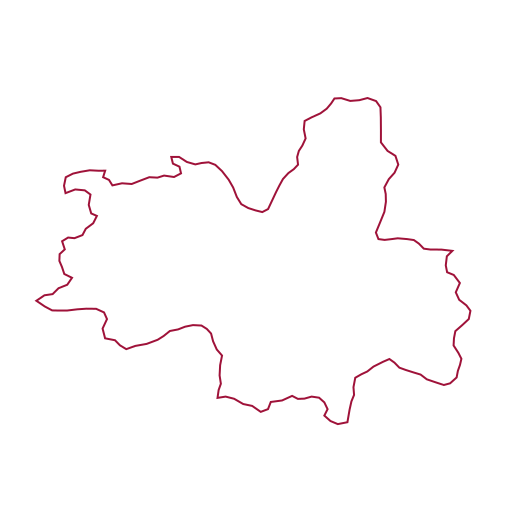 the district of Ubaporanga, Minas Gerais, Brazil, rotated 183°
{"feature_id": "56859067B21138339799790", "entity_name": "Ubaporanga", "entity_type": "district", "adm_level": 2, "iso_a3": "BRA", "parent_name": "Brazil", "parent_adm1": "Minas Gerais", "projection": "albers", "projection_center": [-42.065, -19.667], "detail": "fine", "context": "isolated", "style": "outline", "palette": "rose", "viewbox_px": 512, "rotation_deg": 183, "n_neighbors": 0, "source": "geoboundaries", "source_scale": "gbopen_adm2", "svg_char_len": 2544}
<svg xmlns="http://www.w3.org/2000/svg" viewBox="0 0 512 512"><g transform="rotate(183 256 256)"><path d="M185.9,417.4L189.0,412.2L193.1,406.8L199.2,401.8L207.7,397.4L214.5,393.4L214.9,385.0L212.6,376.0L215.5,368.7L218.7,363.2L220.1,357.0L218.8,349.4L222.8,344.7L228.0,340.5L233.1,334.3L236.3,327.7L239.3,320.9L242.8,312.3L246.4,303.5L252.0,300.2L258.8,301.5L266.3,303.5L273.4,307.0L278.2,313.9L282.4,323.2L287.3,330.8L294.4,339.0L301.4,344.9L308.2,347.1L315.3,346.0L321.4,344.3L330.0,346.3L338.0,350.9L345.8,350.5L343.8,343.9L337.1,341.2L335.2,334.6L342.0,330.6L352.0,331.5L358.5,329.1L366.7,329.1L375.3,325.3L383.9,321.4L393.6,321.6L403.1,319.0L406.8,324.3L412.8,326.7L411.1,333.3L418.0,332.9L426.5,332.9L435.5,330.9L443.1,328.7L450.1,324.7L451.4,316.1L449.5,308.8L440.0,313.0L430.4,312.6L424.5,308.7L425.7,298.3L422.8,289.9L417.0,287.7L420.3,280.2L427.4,274.3L430.4,267.8L438.2,264.3L444.6,264.6L450.4,260.6L447.3,252.6L452.2,247.6L452.1,240.8L449.2,234.9L446.5,228.0L438.6,224.6L443.0,217.4L451.5,213.5L457.1,207.3L465.2,205.7L473.0,199.8L464.2,194.5L456.7,191.0L450.2,191.2L441.5,191.7L431.7,193.4L422.6,194.5L412.9,194.9L404.8,191.7L401.5,185.2L405.4,175.5L402.4,165.9L392.4,164.5L387.2,159.7L380.7,156.2L371.8,159.9L360.6,162.5L349.8,167.2L344.0,171.3L338.1,176.6L330.0,178.6L323.1,181.7L315.3,183.7L306.8,183.7L301.3,180.6L296.8,176.2L294.4,168.6L290.3,160.6L284.7,154.8L286.1,145.1L286.1,134.8L284.4,126.6L286.3,120.2L287.0,112.3L279.0,114.0L270.4,112.3L261.0,107.5L252.0,106.1L243.1,100.6L236.0,103.7L233.6,111.0L222.4,113.1L212.6,118.2L206.7,115.5L200.2,116.1L193.1,118.5L185.6,117.8L180.1,113.4L176.5,106.8L179.4,100.2L173.0,95.1L165.5,92.4L156.0,94.8L154.5,107.5L153.1,115.8L150.8,122.4L151.8,130.1L150.5,139.6L144.6,143.4L138.8,146.5L132.9,151.7L123.6,157.0L117.4,160.1L112.2,156.8L107.0,152.0L100.4,150.0L92.7,148.0L85.4,146.2L79.0,141.8L69.8,139.2L61.7,137.0L55.5,139.0L49.3,145.2L48.4,151.8L46.6,157.9L45.5,164.1L48.8,169.8L54.0,177.0L54.0,184.2L53.0,191.4L46.6,197.6L40.2,204.2L39.0,212.5L43.3,217.7L50.8,222.9L54.6,230.2L51.0,239.7L57.5,247.4L64.3,249.8L66.0,256.6L65.4,265.7L60.2,271.4L71.2,272.1L82.3,271.6L88.8,272.1L94.0,276.9L99.2,280.2L106.0,280.8L115.4,281.1L121.3,280.0L128.4,278.8L134.6,279.3L137.5,285.7L134.0,295.6L130.1,306.8L129.1,317.0L129.7,324.7L131.4,331.2L127.4,339.7L122.0,346.4L118.7,354.7L122.0,363.3L130.1,367.8L137.2,376.0L137.8,387.7L138.2,394.3L138.6,400.9L139.5,411.0L144.2,417.0L152.9,419.6L161.0,417.0L170.0,415.8L179.1,418.1L185.9,417.4Z" fill="none" stroke="#9f1239" stroke-width="2"/></g></svg>